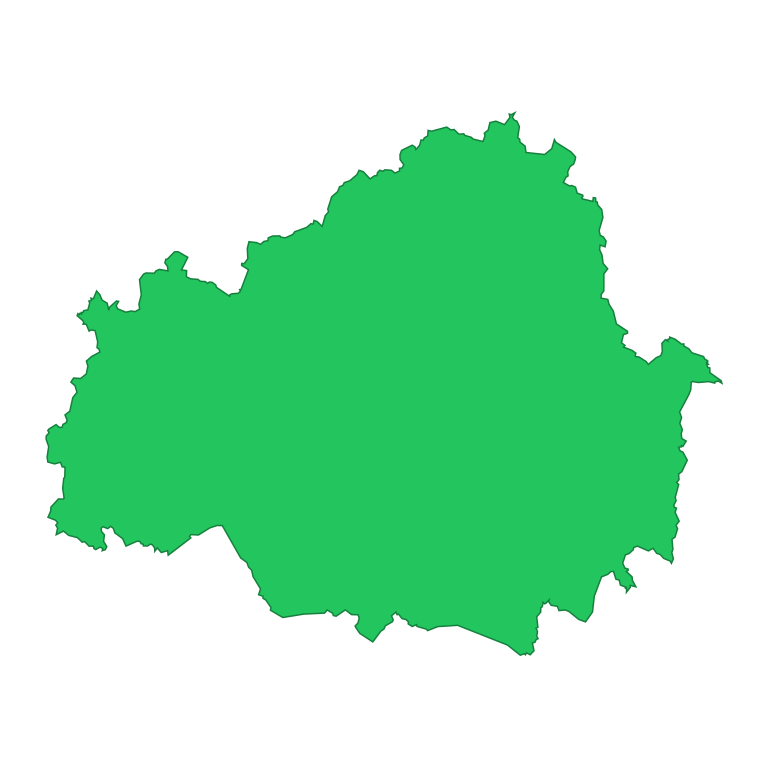 Villa Purificación, Jalisco, Mexico (orthographic projection)
{"feature_id": "50627088B43158791534375", "entity_name": "Villa Purificación", "entity_type": "district", "adm_level": 2, "iso_a3": "MEX", "parent_name": "Mexico", "parent_adm1": "Jalisco", "projection": "orthographic", "projection_center": [-104.744, 19.824], "detail": "fine", "context": "isolated", "style": "filled", "palette": "green", "viewbox_px": 768, "rotation_deg": 0, "n_neighbors": 0, "source": "geoboundaries", "source_scale": "gbopen_adm2", "svg_char_len": 6038}
<svg xmlns="http://www.w3.org/2000/svg" viewBox="0 0 768 768"><path d="M703.6,356.6L692.0,352.8L688.7,348.7L684.0,346.1L683.8,343.9L681.6,344.2L675.3,339.3L669.7,337.1L669.7,338.6L667.2,339.8L667.7,340.9L665.4,339.6L661.9,343.3L662.3,351.5L660.8,355.6L656.2,357.7L648.3,364.4L646.1,361.5L638.8,356.9L636.0,356.7L635.1,355.6L635.9,353.2L632.1,350.4L623.6,347.1L625.0,345.4L621.5,342.9L623.4,334.6L627.5,333.3L627.5,331.3L616.4,323.9L613.3,311.1L609.0,304.2L607.8,299.4L601.0,298.1L601.3,294.3L603.8,290.9L603.9,273.8L607.7,268.8L603.1,263.4L602.0,255.0L599.6,249.7L600.1,245.1L605.1,246.8L606.1,241.1L603.4,237.0L600.2,235.3L599.1,230.6L602.9,217.4L601.7,209.5L597.7,205.0L597.2,202.0L595.8,201.7L595.6,198.0L593.3,197.6L592.8,201.4L582.4,198.9L581.6,197.7L582.9,196.6L582.7,195.1L577.2,193.1L575.5,187.2L571.8,185.5L569.6,186.0L563.4,182.5L565.7,177.5L568.1,175.9L567.7,171.8L570.1,166.5L573.7,164.0L575.1,160.0L575.6,157.0L570.9,151.8L556.0,142.4L554.4,139.6L551.8,148.6L544.7,154.5L526.0,152.5L525.1,146.1L520.0,142.1L519.7,139.3L517.7,137.5L519.4,126.6L516.8,121.1L514.4,120.2L512.4,117.3L514.8,112.8L511.4,114.7L509.3,114.1L509.9,117.5L504.5,124.6L495.9,121.2L489.9,122.6L488.2,130.0L484.3,133.2L485.0,135.9L482.9,141.5L473.2,139.1L471.3,137.3L464.8,135.4L463.8,133.8L458.9,134.2L454.1,129.5L450.9,129.9L446.7,127.1L431.6,131.2L428.1,130.4L427.7,135.9L424.3,137.9L423.3,140.2L421.0,140.0L419.7,145.2L415.9,149.5L415.0,147.0L412.2,145.2L401.6,150.4L400.0,154.6L400.1,159.6L403.8,164.8L402.1,168.0L399.5,168.3L399.6,170.9L395.0,173.1L391.5,170.3L385.0,169.8L382.6,171.3L379.9,170.2L377.6,172.4L376.8,175.6L374.3,175.9L370.0,178.9L363.4,171.8L359.1,170.3L356.9,174.7L349.7,180.8L344.3,182.6L342.8,185.5L339.6,186.7L337.6,191.7L331.7,196.8L327.8,209.0L328.5,212.0L325.3,215.5L322.2,226.4L317.1,221.5L314.0,220.4L313.1,224.1L310.9,223.7L306.7,227.4L294.8,231.7L292.7,234.5L285.4,237.8L280.8,237.2L279.9,235.9L272.6,236.0L268.3,237.8L267.8,240.7L264.0,241.4L260.5,244.4L256.7,242.6L249.0,241.7L247.3,248.4L247.8,258.7L244.2,263.7L241.8,263.4L241.6,265.4L248.5,269.7L241.0,289.5L239.7,289.6L240.4,291.1L238.3,293.3L231.8,293.8L229.9,294.8L229.7,296.3L216.4,287.3L215.7,284.9L212.1,282.3L209.3,282.1L207.4,283.4L205.4,281.6L200.4,281.3L197.8,279.3L190.9,278.9L186.4,276.8L186.6,270.6L181.5,269.9L187.8,257.3L178.1,251.7L174.4,251.9L167.2,259.3L165.8,259.3L164.9,262.8L167.5,266.4L168.0,270.9L159.3,269.4L156.0,270.9L154.3,273.2L145.9,273.0L143.7,274.0L139.5,279.6L141.3,294.9L138.9,304.0L139.7,309.0L135.1,311.6L131.1,311.0L125.9,312.2L117.6,308.8L116.2,305.7L118.6,301.4L116.5,301.0L109.4,307.3L108.8,310.3L107.2,303.2L102.1,300.1L99.8,294.7L96.6,291.0L93.4,298.8L90.9,298.2L91.4,300.5L88.9,301.1L89.7,303.1L87.9,309.8L83.7,310.7L82.9,312.5L81.3,312.5L81.4,314.0L80.0,313.3L79.1,314.8L77.9,313.6L77.1,315.7L82.9,320.7L83.8,322.5L83.0,324.1L86.3,324.3L89.1,331.1L90.9,330.0L95.1,330.6L97.7,342.0L97.0,347.7L98.8,348.8L99.9,352.0L91.5,356.6L86.4,361.1L87.9,366.2L86.3,373.9L80.6,378.5L73.6,378.0L70.9,382.1L75.0,385.7L77.0,392.3L72.8,397.6L69.8,411.2L65.0,414.9L67.1,420.1L66.3,422.6L63.0,424.4L62.1,427.3L59.3,427.4L56.1,424.6L49.1,428.9L47.8,430.5L49.1,432.8L46.2,436.0L46.1,439.2L48.7,446.6L47.1,456.9L47.8,462.0L54.6,463.9L60.5,462.3L62.2,466.9L64.7,467.1L65.0,468.5L64.8,476.9L63.7,478.5L62.7,488.4L64.1,498.2L62.8,499.2L58.5,498.9L51.0,507.0L50.7,511.0L48.0,517.3L55.5,520.2L57.8,523.0L55.8,525.1L57.6,528.1L56.2,534.7L63.5,531.1L68.7,535.4L77.4,537.6L82.2,542.2L84.7,541.6L89.1,546.2L93.3,546.1L94.0,548.6L95.8,549.6L99.9,547.1L102.8,548.5L102.2,550.7L105.3,549.7L106.8,546.6L103.6,541.4L104.4,534.8L101.4,531.4L101.3,528.0L102.8,526.7L107.7,528.6L110.7,526.4L113.3,528.3L114.8,532.8L122.6,538.6L126.0,546.1L136.8,541.3L139.9,541.4L141.0,543.6L143.3,544.3L143.4,545.9L147.4,546.0L150.5,544.1L152.5,544.9L154.6,547.9L154.8,551.3L157.2,547.9L161.3,552.5L167.6,550.7L168.2,555.2L190.8,537.9L189.5,536.5L190.9,534.6L198.4,535.0L210.0,527.8L217.1,525.5L222.3,525.6L240.7,558.0L246.9,562.5L248.6,567.2L251.6,570.1L253.1,576.7L260.5,588.9L258.6,594.7L263.1,596.3L263.0,598.3L265.8,600.0L271.0,607.5L270.4,610.2L282.8,617.5L303.7,614.1L324.6,613.1L327.2,610.0L332.7,613.3L333.3,615.5L336.1,616.2L345.4,609.9L351.5,614.6L358.1,614.8L359.2,618.2L357.9,623.1L355.1,626.0L355.7,627.3L359.8,633.4L372.8,641.9L380.8,631.2L383.9,629.1L385.4,625.8L392.5,621.7L393.2,619.7L391.5,615.8L396.0,612.1L397.1,614.7L398.5,614.1L402.0,618.6L405.9,619.5L408.3,621.7L408.2,623.9L412.2,626.5L416.6,624.6L417.0,626.4L426.2,629.1L427.7,630.6L437.8,626.6L457.6,625.3L507.4,645.0L520.3,655.2L524.3,653.7L525.4,654.8L526.6,652.9L530.2,654.8L534.0,650.7L532.4,643.0L535.0,642.2L536.2,639.5L538.1,638.7L536.7,636.3L537.5,631.5L536.0,628.2L537.9,627.3L536.7,616.8L540.7,612.1L540.8,607.8L542.3,606.7L543.1,602.3L544.5,603.8L545.7,603.4L549.0,600.0L548.6,601.6L551.1,605.3L557.4,606.3L559.0,610.6L565.3,610.0L569.0,611.5L578.7,619.4L585.5,621.9L592.5,612.0L594.3,596.1L601.5,576.9L607.7,574.4L610.8,571.6L613.5,571.5L615.9,579.2L619.3,580.2L620.4,585.1L626.2,587.3L625.4,588.1L626.7,589.1L626.5,592.2L630.3,587.3L630.3,585.4L635.9,586.8L632.4,580.4L632.1,576.9L626.4,571.5L628.3,570.2L628.0,569.0L624.9,568.1L622.7,563.2L625.4,554.9L629.1,553.5L633.3,549.7L633.7,547.5L637.4,546.1L648.4,550.9L653.1,548.3L656.7,553.3L660.2,554.5L663.7,558.4L670.3,561.1L671.4,563.3L673.4,558.9L671.8,552.5L672.9,549.4L672.0,539.3L675.0,537.1L677.6,528.7L676.0,525.2L679.2,521.2L675.1,512.3L676.5,508.2L674.3,507.2L673.8,505.2L676.1,500.7L675.2,497.4L678.7,484.5L676.6,482.5L679.0,479.7L678.6,474.1L681.8,471.7L687.3,460.2L682.9,452.1L680.0,450.8L678.6,447.2L681.2,446.9L681.5,445.6L682.8,446.5L686.2,441.1L681.8,438.5L681.2,433.6L682.4,429.7L679.8,423.3L681.6,417.6L679.6,412.0L688.9,394.5L690.8,389.5L691.2,382.5L692.3,381.5L698.2,382.5L708.8,381.6L714.7,383.1L714.9,381.9L718.2,381.0L721.9,383.2L721.1,380.7L709.9,372.7L709.8,367.9L707.8,367.5L706.7,364.3L708.2,364.3L706.1,362.0L707.6,362.8L707.7,360.8L704.6,358.9L703.6,356.6Z" fill="#22c55e" stroke="#15803d" stroke-width="1.5"/></svg>